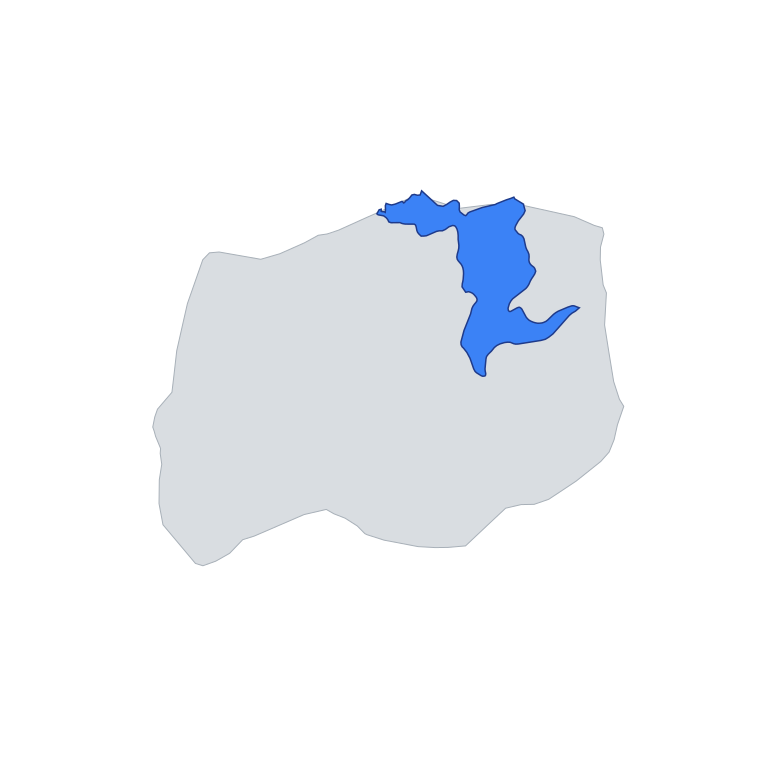 where Leribe sits in Lesotho, rotated 38°
{"feature_id": "LSO-1212", "entity_name": "Leribe", "entity_type": "District", "adm_level": 1, "iso_a3": "LSO", "parent_name": "Lesotho", "parent_adm1": "", "projection": "equal_earth", "projection_center": [28.234, -29.023], "detail": "fine", "context": "in_parent", "style": "filled", "palette": "blue", "viewbox_px": 768, "rotation_deg": 38, "n_neighbors": 0, "source": "natural_earth", "source_scale": "10m", "svg_char_len": 3748}
<svg xmlns="http://www.w3.org/2000/svg" viewBox="0 0 768 768"><g transform="rotate(38 384 384)"><path d="M480.2,507.0L463.4,513.2L461.0,513.7L450.3,512.3L435.9,513.7L424.5,517.1L415.7,518.4L401.4,536.1L375.4,583.7L368.5,593.7L366.6,612.4L360.5,627.2L353.2,638.7L345.9,641.5L324.3,636.9L296.5,631.0L280.3,616.7L265.9,597.8L258.3,584.1L250.4,576.5L247.6,572.3L236.3,565.9L232.0,562.7L228.3,560.3L223.7,551.2L221.0,543.3L222.0,521.1L214.0,507.9L200.2,485.4L191.5,467.0L179.6,441.7L172.3,420.1L164.7,397.7L165.7,388.1L172.8,381.5L193.8,370.3L210.1,361.6L221.7,345.5L234.4,321.7L240.6,307.3L246.8,300.8L253.5,290.7L265.3,268.2L278.5,243.3L292.5,216.5L310.3,208.7L334.7,199.7L358.1,176.3L385.9,156.5L431.0,135.0L452.0,129.6L459.9,126.5L465.0,130.5L470.3,142.8L478.0,153.1L495.7,171.0L503.2,175.3L521.5,201.7L541.0,219.9L563.5,240.7L578.9,251.1L586.7,254.0L593.1,272.5L599.6,286.2L603.3,299.1L602.5,311.6L595.2,342.2L584.8,373.4L576.4,386.4L566.3,394.6L556.3,407.0L552.4,432.0L547.9,461.4L534.9,473.5L524.9,481.5L510.9,491.2L480.2,507.0Z" fill="#d9dde1" stroke="#a8b0b8" stroke-width="1"/><path d="M373.0,157.6L383.2,156.4L384.6,157.6L388.5,160.5L389.4,164.1L389.4,172.8L390.3,178.3L391.1,180.5L392.3,181.7L397.0,182.8L398.6,182.7L400.2,182.2L402.4,182.3L404.9,183.4L411.5,188.9L413.7,190.2L415.7,191.0L418.4,192.6L420.1,194.5L421.9,197.2L423.4,198.5L425.0,199.3L427.0,199.7L430.1,199.7L431.6,200.1L434.1,201.7L435.0,204.4L435.3,207.1L435.5,210.0L435.9,212.8L436.8,216.2L437.1,219.0L437.0,221.4L432.9,237.7L432.9,240.6L433.4,243.7L435.1,247.9L436.6,249.4L438.1,249.7L439.0,249.0L439.5,247.9L441.9,242.3L442.7,240.9L443.6,240.1L445.0,239.9L446.5,240.1L454.9,243.8L456.8,244.2L458.9,244.4L461.0,244.1L463.3,243.5L465.6,242.6L467.7,241.5L469.3,240.2L471.0,238.5L472.1,236.8L473.1,234.8L473.6,232.8L474.7,224.7L475.4,222.1L476.4,219.5L481.5,210.3L483.7,207.0L484.7,206.0L485.9,205.3L491.0,203.7L490.0,208.7L488.5,212.5L487.8,215.9L486.3,240.5L485.0,245.7L483.6,249.4L480.8,253.1L465.2,269.8L463.2,271.5L461.4,272.4L457.8,273.4L455.7,274.9L453.5,277.1L450.7,281.0L449.2,284.2L448.5,287.3L448.4,292.0L447.8,296.4L447.9,299.1L448.2,300.0L449.0,301.6L454.3,309.9L455.6,311.3L457.7,313.1L458.5,314.3L458.7,315.2L458.1,316.1L457.0,317.1L455.6,317.6L450.0,318.2L448.0,318.0L445.3,316.8L436.0,310.8L429.9,308.1L424.6,306.8L422.7,306.6L420.6,305.6L418.8,303.6L414.1,292.6L409.1,275.5L406.8,270.4L406.2,267.9L406.1,265.4L406.2,263.2L406.1,261.5L405.3,260.1L404.1,259.2L402.7,258.7L399.8,258.1L397.9,258.0L396.0,258.4L393.9,259.1L391.9,261.4L385.7,259.4L383.9,256.7L383.0,254.7L381.9,252.7L378.7,248.0L376.8,245.8L374.6,243.9L372.7,242.8L370.9,242.1L366.9,241.3L364.9,240.6L363.2,239.1L361.7,236.4L360.5,233.4L359.2,230.8L357.6,228.6L353.4,224.4L351.0,221.3L348.7,218.9L346.3,217.1L344.2,216.1L342.3,215.8L340.5,216.8L338.4,220.1L337.2,224.4L335.7,227.3L333.3,229.2L331.5,231.3L326.2,241.0L324.4,242.8L322.2,244.6L319.0,244.3L317.1,243.8L315.4,242.8L312.5,240.3L310.9,239.3L309.4,239.4L302.4,244.8L301.0,245.6L299.4,246.4L297.2,247.0L290.2,252.6L288.0,253.3L285.6,252.1L283.3,251.6L280.2,251.7L275.2,254.3L273.6,254.3L272.9,249.7L274.2,248.0L275.5,249.7L276.4,249.3L278.1,248.2L279.3,248.0L277.7,245.5L275.3,242.7L274.5,240.4L277.4,239.4L279.8,238.2L282.1,235.3L285.7,229.1L286.4,228.8L287.3,229.2L288.1,229.2L288.4,228.2L288.4,226.4L288.6,225.6L289.0,224.8L289.4,223.4L289.6,221.4L289.6,217.9L291.2,215.9L294.1,214.7L296.1,212.8L294.7,208.6L316.2,210.3L321.2,207.6L322.9,203.8L324.1,199.9L325.6,196.6L328.3,194.7L331.9,195.2L334.1,197.7L335.9,200.3L338.0,201.6L343.1,201.6L344.8,201.0L345.0,199.5L344.9,197.6L345.7,195.6L352.8,184.4L361.2,174.0L361.8,172.5L367.0,163.6L369.5,159.9L371.3,156.8L373.0,157.6Z" fill="#3b82f6" stroke="#1e3a8a" stroke-width="1.5"/></g></svg>